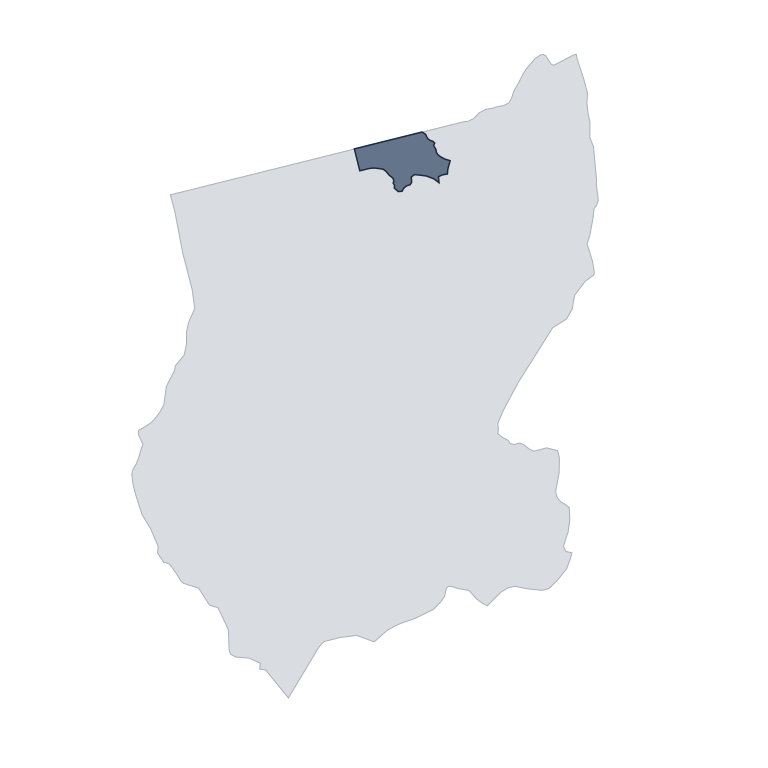 Rakai highlighted on a map of Uganda, rotated 166°
{"feature_id": "UGA-3361", "entity_name": "Rakai", "entity_type": "District", "adm_level": 1, "iso_a3": "UGA", "parent_name": "Uganda", "parent_adm1": "", "projection": "mercator", "projection_center": [31.493, -0.733], "detail": "fine", "context": "in_parent", "style": "filled", "palette": "slate", "viewbox_px": 768, "rotation_deg": 166, "n_neighbors": 0, "source": "natural_earth", "source_scale": "10m", "svg_char_len": 3017}
<svg xmlns="http://www.w3.org/2000/svg" viewBox="0 0 768 768"><g transform="rotate(166 384 384)"><path d="M545.5,619.2L534.7,619.2L517.1,619.2L499.5,619.2L482.0,619.2L464.4,619.2L446.8,619.2L429.2,619.2L411.6,619.2L394.1,619.2L376.5,619.2L358.9,619.2L341.3,619.2L323.8,619.2L306.2,619.2L288.6,619.2L271.0,619.2L253.4,619.2L243.1,619.2L241.0,618.9L239.6,618.5L232.9,619.8L226.1,624.1L218.7,625.9L211.0,625.2L210.0,625.7L206.0,625.6L200.3,625.3L195.2,626.4L191.2,630.2L187.2,636.7L180.0,644.2L174.4,650.8L169.6,655.5L158.6,663.2L152.6,665.5L149.7,665.1L147.8,663.7L144.4,653.8L142.3,652.2L121.0,657.3L117.7,657.4L118.0,654.3L116.4,631.0L116.2,616.8L119.0,607.9L120.6,597.6L120.8,588.5L124.7,573.1L123.3,563.8L128.3,531.4L129.7,526.1L131.6,510.4L134.8,505.6L137.6,503.7L141.2,494.1L148.2,478.7L153.1,470.8L152.0,453.5L152.8,441.8L153.9,439.1L164.2,434.8L177.6,423.9L183.3,411.1L191.3,402.9L206.8,397.7L252.7,353.7L274.1,330.1L283.4,317.9L283.7,313.6L285.5,307.9L281.8,303.4L277.3,299.4L275.9,295.6L272.0,293.8L266.5,293.9L262.9,291.1L258.8,285.8L254.7,282.5L241.6,282.7L231.6,277.3L231.7,269.9L235.6,255.3L243.3,238.5L243.7,233.9L242.6,230.0L240.8,226.6L237.3,223.3L234.1,219.2L236.6,207.2L241.4,195.4L245.3,189.5L249.2,182.9L248.1,177.5L242.5,174.8L245.4,169.5L251.4,160.6L263.2,151.6L273.5,145.6L280.4,145.5L293.8,150.3L305.9,156.0L312.5,156.3L320.6,153.9L337.3,143.9L341.3,147.1L346.3,153.2L351.5,163.2L362.1,167.8L367.1,171.0L370.7,171.9L372.7,171.1L376.7,163.2L381.6,158.9L390.5,153.4L410.2,149.1L424.2,147.8L430.2,146.9L440.2,144.3L455.9,136.2L471.4,146.7L488.2,148.7L504.6,148.6L509.5,145.4L512.4,143.0L529.5,125.8L552.7,102.5L568.1,135.3L573.4,137.2L572.7,140.1L571.4,142.9L581.5,150.8L593.9,154.9L598.3,159.0L598.7,163.3L594.5,182.5L595.3,188.0L599.3,207.2L606.7,211.5L613.3,230.8L626.6,239.0L628.5,241.4L631.5,250.8L635.6,261.0L638.8,263.4L640.7,264.0L644.6,274.9L642.4,281.0L645.4,299.6L650.4,316.2L651.7,336.0L651.8,344.8L651.6,350.1L650.5,357.6L648.1,362.0L643.9,366.2L639.2,372.9L635.1,380.1L632.5,383.6L634.5,394.3L634.0,397.1L632.9,398.5L626.9,400.1L619.2,402.9L614.6,405.8L608.0,411.2L602.7,417.1L595.7,434.4L584.0,447.8L582.0,452.3L571.0,460.3L566.1,470.2L563.0,482.3L558.7,491.0L549.4,503.0L547.3,521.8L547.6,559.5L545.2,602.4L545.5,619.2Z" fill="#d9dde1" stroke="#a8b0b8" stroke-width="1"/><path d="M355.9,619.3L338.3,619.3L320.3,619.3L302.1,619.3L286.2,619.3L285.1,618.2L283.2,616.2L282.8,613.7L282.1,611.2L280.1,609.1L277.8,607.6L276.5,605.5L278.2,603.3L276.8,598.9L277.2,596.4L276.3,593.6L274.5,591.2L270.5,587.5L265.8,584.7L270.1,577.0L271.7,572.4L276.8,572.8L281.0,572.0L281.9,566.0L286.1,571.1L292.6,575.6L299.2,578.2L303.8,579.8L307.5,578.2L308.3,573.1L310.5,571.0L314.2,570.8L317.6,569.1L319.9,566.6L323.7,567.3L326.6,571.6L325.7,574.2L326.5,576.7L326.1,577.5L325.5,578.1L325.3,580.7L326.7,583.2L328.4,585.2L330.5,589.7L332.8,592.5L334.9,593.5L338.5,594.9L340.3,595.6L343.4,596.4L347.1,596.7L355.9,596.7L355.9,619.3L355.9,619.3Z" fill="#64748b" stroke="#1e293b" stroke-width="1.5"/></g></svg>